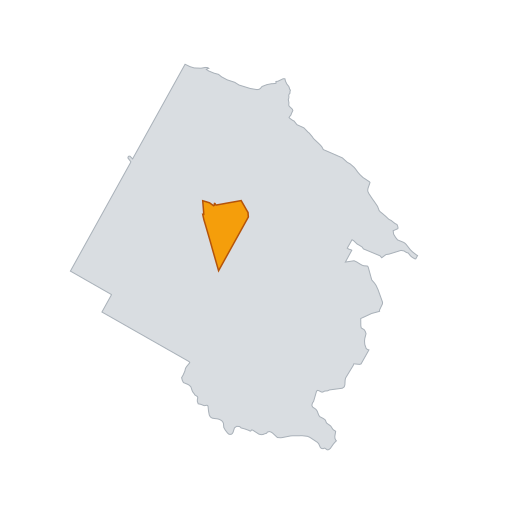 Ad Dabbah, Northern, Sudan shown in context, rotated 299°
{"feature_id": "16777658B45906237385518", "entity_name": "Ad Dabbah", "entity_type": "district", "adm_level": 2, "iso_a3": "SDN", "parent_name": "Sudan", "parent_adm1": "Northern", "projection": "natural_earth1", "projection_center": [31.506, 17.537], "detail": "fine", "context": "in_parent", "style": "filled", "palette": "amber", "viewbox_px": 512, "rotation_deg": 299, "n_neighbors": 0, "source": "geoboundaries", "source_scale": "gbopen_adm2", "svg_char_len": 4654}
<svg xmlns="http://www.w3.org/2000/svg" viewBox="0 0 512 512"><g transform="rotate(299 256 256)"><path d="M334.7,397.1L330.9,397.1L330.5,396.1L330.6,393.2L331.0,391.1L332.4,387.7L332.0,385.8L332.2,383.1L331.2,380.1L322.1,371.4L320.3,369.0L315.4,366.8L316.3,364.4L314.3,346.5L315.3,344.5L315.5,341.4L315.5,338.6L316.7,334.1L316.8,332.1L307.1,332.0L307.0,334.0L307.5,336.2L307.5,337.0L294.0,337.1L299.4,344.1L299.6,347.1L299.4,351.0L299.4,353.4L299.7,355.0L301.2,358.2L301.1,358.7L300.7,359.5L291.2,368.8L289.6,373.1L288.4,375.4L285.6,379.2L276.9,389.1L275.4,389.8L268.8,390.2L268.2,390.4L267.6,390.9L267.4,390.8L261.7,384.9L252.1,377.9L245.8,381.5L244.1,382.9L244.0,386.3L243.1,388.0L241.4,389.9L236.7,391.1L234.3,392.1L231.4,394.0L228.5,397.2L228.3,398.8L228.6,400.3L212.5,400.2L211.4,399.1L209.1,393.8L207.5,394.1L192.8,393.5L190.7,394.1L186.4,396.2L184.3,396.6L182.2,395.6L174.5,385.2L172.8,384.0L171.1,381.5L169.4,380.4L168.9,379.6L168.7,378.5L168.7,376.3L168.2,374.8L167.0,374.5L156.6,376.9L155.1,376.6L152.9,377.1L152.2,377.5L151.3,378.9L151.1,381.7L150.8,383.1L150.0,384.7L147.1,388.2L146.4,389.7L146.5,393.6L146.3,395.6L145.9,396.5L144.6,398.0L144.1,398.8L143.5,403.8L141.9,406.8L141.5,407.8L141.4,410.0L141.2,410.7L136.4,412.4L134.7,413.5L133.6,415.1L133.3,415.9L131.3,415.3L128.8,414.8L123.8,414.3L121.9,413.5L121.0,412.3L121.3,409.3L120.8,408.7L120.0,408.1L119.5,406.8L119.6,405.3L122.2,401.8L122.8,400.0L123.5,391.2L123.3,388.6L121.3,383.7L116.6,375.3L115.5,373.6L109.7,366.7L109.0,365.7L107.6,362.7L109.2,356.3L109.3,354.5L108.9,352.7L107.4,351.3L106.1,351.2L104.4,349.5L103.3,348.7L102.3,347.2L101.6,345.0L102.1,337.5L101.8,336.5L100.3,336.2L100.0,335.7L100.0,334.2L99.3,329.9L98.4,326.3L98.9,324.4L97.7,321.7L95.3,320.5L90.6,321.4L89.1,321.3L88.1,320.8L87.4,319.8L87.0,318.6L87.4,316.9L88.8,313.6L90.4,311.0L93.9,308.6L94.8,307.3L95.3,305.9L95.4,304.2L95.2,302.5L94.8,301.0L93.9,298.9L93.0,296.4L93.0,294.8L93.4,293.6L94.3,292.2L97.7,289.4L101.2,287.0L101.8,286.2L101.6,285.3L100.0,283.3L99.5,279.6L98.7,277.1L100.5,275.1L101.8,274.4L103.8,273.8L104.6,273.0L104.8,271.4L104.8,270.0L105.5,268.8L106.5,266.5L107.3,265.4L109.9,262.6L110.5,260.8L110.7,259.1L110.1,253.9L111.6,251.7L113.6,249.9L116.3,250.0L120.7,249.6L123.6,248.8L125.7,248.9L130.5,249.8L131.0,249.4L131.2,248.0L132.3,148.4L152.0,148.4L152.2,148.2L152.8,101.0L276.7,101.0L277.7,100.9L279.6,96.5L280.5,96.1L281.7,96.4L282.2,97.4L281.1,101.0L389.3,101.0L389.6,106.4L390.5,110.7L393.6,116.9L396.3,120.2L397.2,122.0L397.3,122.9L397.2,123.7L396.4,122.8L395.1,122.1L394.9,125.0L395.6,130.9L396.7,135.1L396.0,138.9L396.1,145.4L397.6,153.2L397.3,158.2L399.7,169.7L402.0,176.2L403.2,177.8L404.6,178.6L407.2,179.1L411.1,182.4L414.1,185.9L415.2,187.7L416.7,189.7L417.7,189.3L418.3,188.8L419.4,190.4L424.2,193.8L425.0,195.4L423.2,197.0L421.3,199.7L420.3,202.2L419.8,203.0L418.2,204.6L417.9,205.4L417.2,205.9L416.5,205.9L414.8,206.8L413.4,206.5L411.8,207.0L411.3,207.6L410.1,208.1L408.5,208.4L406.0,210.5L403.8,211.5L403.1,212.4L402.0,216.6L401.1,217.7L397.9,217.9L396.3,218.2L394.1,217.8L393.1,217.8L392.8,218.7L392.4,222.4L392.5,223.9L390.7,228.1L391.3,235.8L389.5,241.6L389.3,243.0L387.5,247.6L386.6,249.3L384.4,257.9L383.5,260.5L381.7,263.3L383.7,284.0L382.2,290.3L382.2,293.8L381.1,298.9L380.2,301.2L378.8,304.1L377.6,307.3L376.5,311.5L375.9,319.4L375.5,320.1L369.7,321.1L367.9,321.7L366.7,322.5L365.2,324.6L362.3,330.2L360.7,333.6L358.3,338.3L355.5,341.6L354.9,343.2L354.4,346.2L353.4,350.9L352.5,354.3L352.6,357.0L351.8,361.7L351.9,364.0L350.9,365.3L349.6,366.5L348.7,366.8L344.6,363.7L341.8,365.8L340.0,368.9L338.7,372.0L339.5,378.5L339.4,379.9L339.0,381.5L336.3,387.9L335.5,390.8L334.7,395.9L334.7,397.1Z" fill="#d9dde1" stroke="#a8b0b8" stroke-width="1"/><path d="M297.3,216.1L296.9,215.7L287.4,204.0L284.6,200.6L281.2,196.4L281.5,195.3L282.0,194.8L282.0,194.4L281.8,194.2L281.6,194.3L281.3,194.5L280.9,194.5L280.7,194.7L280.1,194.9L279.6,194.7L279.4,194.5L280.0,189.6L279.5,187.1L279.0,184.8L278.5,182.6L269.5,188.6L267.1,190.1L266.9,189.6L266.5,189.7L266.4,189.7L266.4,189.4L265.0,190.6L262.4,192.9L259.0,196.4L246.3,209.2L240.4,215.0L225.2,230.2L225.0,230.4L239.1,230.4L243.9,230.4L253.8,230.4L260.4,230.4L270.8,230.4L272.3,230.4L273.9,230.4L279.1,230.4L280.8,230.4L284.0,230.4L286.4,230.4L287.1,230.0L288.2,229.2L290.1,228.0L290.2,227.9L290.3,227.8L290.3,227.7L290.5,227.4L290.7,227.1L291.0,226.6L291.2,226.2L291.5,225.8L291.5,225.7L291.7,225.3L292.3,224.4L292.9,223.4L293.0,223.2L293.2,222.9L293.3,222.7L293.9,221.8L294.0,221.6L294.8,220.3L295.0,219.9L295.3,219.4L295.5,219.2L295.9,218.4L296.3,217.8L297.3,216.1Z" fill="#f59e0b" stroke="#b45309" stroke-width="1.5"/></g></svg>